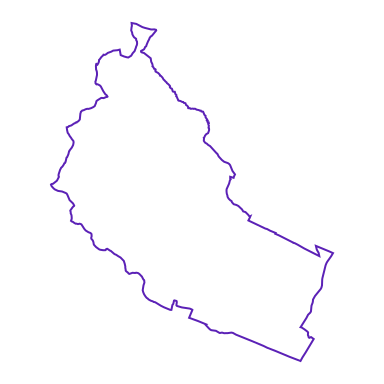 Valea Crisului, Covasna, Romania
{"feature_id": "2599482B16839946437883", "entity_name": "Valea Crisului", "entity_type": "district", "adm_level": 2, "iso_a3": "ROU", "parent_name": "Romania", "parent_adm1": "Covasna", "projection": "albers", "projection_center": [25.761, 45.953], "detail": "fine", "context": "isolated", "style": "outline", "palette": "violet", "viewbox_px": 384, "rotation_deg": 0, "n_neighbors": 0, "source": "geoboundaries", "source_scale": "gbopen_adm2", "svg_char_len": 5841}
<svg xmlns="http://www.w3.org/2000/svg" viewBox="0 0 384 384"><path d="M302.4,357.5L305.6,352.5L313.7,339.0L311.1,337.1L310.6,337.2L309.6,337.8L308.8,337.5L308.5,336.8L308.4,335.8L308.1,335.5L307.9,334.9L308.1,332.5L307.8,332.0L306.9,331.2L304.4,329.3L301.5,327.4L300.6,327.2L306.4,318.0L308.1,314.7L310.1,312.8L310.9,311.6L311.0,310.9L311.5,305.6L312.6,302.8L312.9,301.3L313.0,299.6L315.0,296.0L320.7,289.0L321.4,287.7L322.0,285.4L322.2,279.6L322.4,278.2L325.6,265.3L326.4,263.3L327.2,261.8L331.1,256.3L333.0,253.1L329.0,251.3L315.9,245.9L316.7,249.3L317.2,250.4L318.6,252.8L319.3,256.1L304.3,248.5L297.7,244.7L294.6,243.1L293.4,242.9L293.3,242.6L292.6,242.3L279.0,235.4L275.3,233.8L275.7,233.0L270.1,230.7L267.0,229.0L265.4,228.6L248.4,220.5L249.7,217.9L250.4,216.2L250.0,216.4L249.2,216.1L248.2,214.8L245.5,212.1L243.2,211.4L242.0,209.4L238.4,206.0L236.5,205.0L233.7,204.2L232.0,202.3L231.5,201.0L230.3,200.3L228.7,198.7L227.8,197.3L227.5,196.5L227.4,195.4L227.0,194.4L226.7,193.1L226.5,190.9L226.6,189.2L229.1,183.6L229.9,180.4L230.7,179.2L230.2,178.7L230.2,176.8L233.6,177.8L234.0,176.4L235.0,174.4L232.5,171.0L230.1,165.1L229.2,164.0L227.9,163.1L224.2,161.8L221.9,160.0L218.7,156.5L217.3,153.7L216.9,153.6L210.1,146.1L208.1,144.9L206.9,143.7L205.4,142.9L204.8,142.3L203.8,140.8L204.0,138.3L203.8,137.8L204.2,137.5L204.8,136.3L205.0,135.7L206.2,134.2L208.1,133.1L209.0,130.5L209.1,129.9L209.0,128.2L208.6,128.0L208.5,127.6L208.9,125.7L208.4,124.7L208.2,123.7L208.9,123.3L208.9,123.1L208.7,122.9L208.1,123.0L208.0,122.7L208.3,122.2L207.5,121.9L207.4,121.2L207.6,120.8L206.8,120.5L206.7,120.3L207.2,119.5L205.6,117.4L205.5,116.5L205.6,115.9L204.4,114.8L203.3,112.1L203.1,111.7L202.5,111.5L202.1,111.6L201.4,111.5L200.8,110.6L199.7,110.6L198.9,110.1L196.4,109.6L195.5,108.9L194.8,108.7L193.8,108.9L193.0,108.6L190.8,108.8L190.2,108.6L189.8,108.1L188.3,108.2L188.1,108.0L188.1,106.8L187.2,105.7L186.0,104.9L185.5,103.3L184.8,103.0L183.9,102.9L183.2,102.0L182.4,102.0L180.4,101.0L178.5,100.6L178.3,100.4L178.1,100.1L178.1,99.7L177.4,98.4L177.0,97.1L176.2,96.3L176.4,95.5L176.4,95.0L175.3,93.9L175.1,92.8L174.8,91.8L173.3,91.7L172.9,91.5L172.5,90.8L172.3,89.7L171.9,88.7L170.7,88.2L169.9,87.3L169.8,86.9L170.1,86.3L169.8,85.7L168.1,84.0L166.9,83.1L166.6,82.4L165.4,81.4L164.4,80.2L163.6,79.6L162.5,77.6L160.9,75.9L160.0,75.6L160.1,75.2L159.9,74.8L158.2,73.0L155.6,71.6L155.3,70.7L155.7,69.9L155.6,69.5L155.4,69.2L154.0,68.7L153.6,67.5L152.6,66.5L152.8,66.3L152.3,63.9L151.2,61.7L150.7,58.3L144.0,53.0L141.8,52.4L141.2,52.0L141.0,51.4L141.1,50.9L143.4,49.7L144.1,49.2L144.8,47.9L145.0,47.2L146.2,46.2L146.6,44.8L148.1,41.2L148.9,39.8L149.8,37.6L150.2,37.3L150.6,36.5L151.6,36.0L152.2,35.4L156.2,30.5L156.0,29.8L154.4,29.4L151.2,29.5L144.9,27.9L142.4,27.1L136.3,23.9L131.6,23.0L131.9,25.9L131.6,27.0L131.2,30.4L132.1,32.5L132.4,34.4L133.3,36.1L134.1,37.3L136.1,38.8L136.2,40.2L137.0,41.6L137.1,43.8L136.7,45.5L136.2,46.4L135.9,47.6L134.6,51.1L132.7,53.2L131.2,55.7L128.3,57.5L127.0,57.3L124.1,56.5L120.7,55.1L119.7,49.6L117.5,50.2L113.2,50.6L111.2,51.7L107.8,52.9L106.2,54.2L105.1,54.8L104.5,54.9L103.5,54.7L103.2,55.3L101.4,57.0L99.7,59.3L99.2,59.8L99.0,60.0L99.0,61.1L98.6,62.6L97.9,63.9L97.4,64.7L96.3,63.9L96.2,64.0L95.9,66.0L96.1,69.6L96.5,70.5L96.9,72.0L97.0,73.6L97.0,75.0L95.8,80.7L95.4,81.6L95.5,82.4L95.5,83.2L96.1,83.8L96.2,84.2L96.5,84.4L97.3,84.2L98.5,84.7L99.8,85.4L100.8,86.4L103.3,91.2L105.3,94.2L106.6,95.2L107.5,96.6L107.4,96.8L106.0,97.1L103.7,98.1L101.6,97.9L101.1,98.0L97.4,100.3L96.4,101.2L96.0,103.0L94.7,106.1L93.1,107.2L91.0,108.2L88.5,108.9L87.2,108.8L85.5,109.3L83.7,110.2L82.3,110.5L80.9,111.8L80.9,112.2L80.4,113.5L79.8,119.5L79.1,120.4L78.1,121.4L76.8,122.1L76.6,122.5L75.7,122.5L74.8,123.3L73.9,123.6L71.4,125.4L68.8,126.2L68.4,126.8L66.7,127.3L67.1,130.2L67.6,132.4L67.8,133.0L68.7,134.1L69.7,136.0L71.2,138.0L71.7,138.9L73.4,141.0L73.6,142.2L73.4,143.7L73.1,145.1L71.8,147.6L69.7,150.3L69.5,150.9L69.1,151.2L68.4,154.2L67.1,157.2L66.6,157.5L66.4,158.0L65.8,160.9L65.5,161.5L65.6,161.8L65.4,162.2L64.9,163.1L64.3,163.3L63.8,164.5L62.4,166.6L61.1,167.8L60.8,168.5L60.1,169.8L58.6,174.4L58.5,175.9L58.7,176.1L58.9,176.9L57.3,180.0L56.8,180.8L53.0,183.8L51.8,184.0L51.0,184.5L51.3,185.5L51.8,186.4L53.6,188.4L54.8,189.4L58.0,190.9L62.1,191.5L65.7,193.0L66.7,193.6L67.5,195.1L69.6,200.1L73.1,203.5L74.2,205.6L74.1,205.9L73.1,206.7L72.5,207.4L70.3,210.5L70.4,211.2L70.7,211.9L70.7,213.3L71.5,215.2L71.7,217.2L71.7,218.9L71.0,220.8L72.0,221.6L72.8,221.8L74.4,223.0L75.7,223.7L76.3,223.6L78.0,224.1L79.6,223.7L80.9,224.1L81.5,224.5L84.3,228.9L85.7,230.5L88.4,232.2L90.3,232.9L91.3,233.7L91.5,234.2L91.6,235.4L91.6,236.5L91.2,237.8L91.3,238.7L92.8,240.5L93.4,242.1L93.8,244.4L94.0,244.8L96.0,247.0L99.1,249.3L100.0,249.7L103.1,250.2L105.2,250.2L105.6,250.1L106.0,249.3L106.7,248.9L107.3,248.8L110.0,250.6L110.8,250.9L114.5,254.1L116.2,254.8L118.1,256.1L120.5,257.5L123.8,260.9L124.7,263.7L125.3,266.4L125.3,267.9L125.6,269.2L125.7,270.6L126.1,271.2L127.9,272.6L128.7,273.6L129.4,273.9L132.5,272.8L135.2,273.0L136.1,272.7L137.9,273.0L139.3,273.9L141.9,276.6L143.4,279.5L144.0,280.0L144.2,280.4L144.4,282.6L143.5,285.3L142.7,290.2L143.2,292.1L144.1,294.3L145.6,296.6L146.7,297.9L147.8,298.6L148.5,299.4L150.8,300.7L152.7,301.3L153.8,302.0L154.8,302.1L155.8,302.6L161.0,305.8L164.0,307.3L170.3,309.9L171.4,309.9L172.4,305.0L173.2,304.0L173.4,303.4L174.0,300.6L174.4,300.4L176.3,300.9L176.6,301.1L176.8,302.1L176.4,305.3L176.6,305.6L177.1,306.0L181.8,307.4L189.8,308.6L191.9,309.5L192.4,309.9L189.1,317.8L198.2,321.1L206.2,324.4L205.6,324.8L209.0,328.5L210.5,329.8L211.5,330.2L215.9,330.8L219.3,332.8L219.9,333.0L222.0,332.6L224.1,333.2L227.9,333.1L231.3,332.6L232.9,332.9L236.1,334.7L251.5,340.9L263.7,346.0L267.1,347.7L275.6,351.0L289.5,356.8L300.5,361.0L302.4,357.5Z" fill="none" stroke="#5b21b6" stroke-width="2"/></svg>